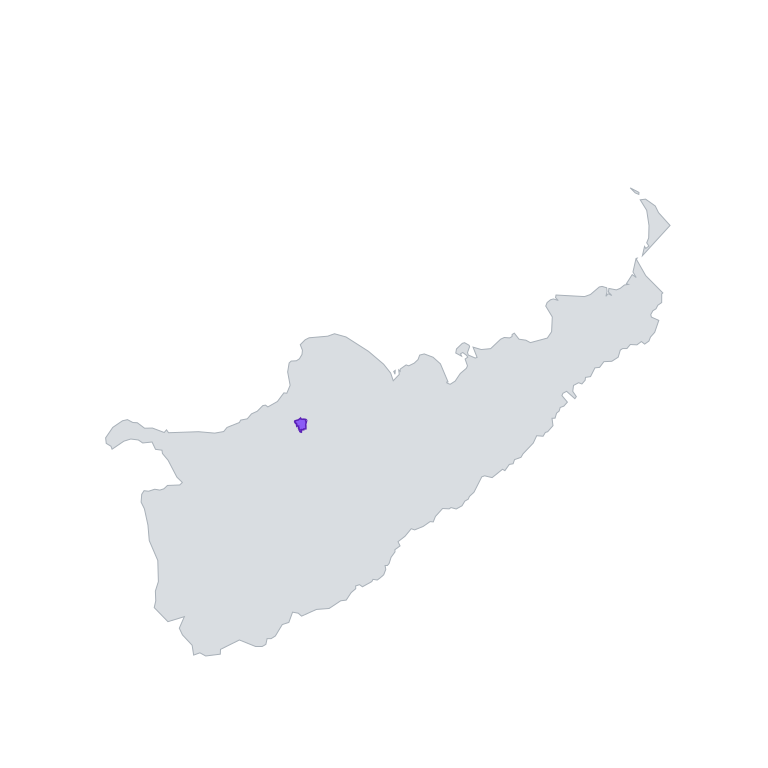 location of Pergamino, Buenos Aires, Argentina, rotated 229°
{"feature_id": "61730980B1305894445547", "entity_name": "Pergamino", "entity_type": "district", "adm_level": 2, "iso_a3": "ARG", "parent_name": "Argentina", "parent_adm1": "Buenos Aires", "projection": "orthographic", "projection_center": [-60.595, -33.858], "detail": "fine", "context": "in_parent", "style": "filled", "palette": "violet", "viewbox_px": 768, "rotation_deg": 229, "n_neighbors": 0, "source": "geoboundaries", "source_scale": "gbopen_adm2", "svg_char_len": 5273}
<svg xmlns="http://www.w3.org/2000/svg" viewBox="0 0 768 768"><g transform="rotate(229 384 384)"><path d="M458.0,224.0L453.3,231.8L454.2,237.1L449.8,249.6L450.8,252.1L447.4,258.0L448.4,264.4L446.6,270.5L447.2,278.4L445.8,280.7L442.9,281.3L440.7,292.1L443.0,302.6L440.8,304.6L444.6,312.3L456.3,319.2L462.1,326.2L462.2,329.0L459.0,333.1L458.5,336.7L460.1,341.5L463.0,344.6L468.6,346.6L469.1,353.5L468.0,357.8L457.0,372.9L454.4,379.6L444.4,386.2L418.9,393.7L399.2,396.7L387.9,396.2L380.4,393.1L381.2,401.8L384.9,404.3L383.0,404.5L384.6,406.0L383.9,413.2L381.5,414.6L379.9,420.5L380.1,425.7L382.4,429.9L380.3,434.1L372.0,438.6L362.2,439.8L343.6,433.7L344.3,432.5L343.3,432.2L340.4,433.7L339.5,439.6L341.9,448.5L341.8,456.4L342.9,458.9L349.6,461.6L349.3,464.8L351.5,465.1L356.1,464.1L356.6,461.6L354.1,460.8L360.3,458.5L362.9,461.7L363.3,469.8L362.3,471.9L357.5,473.6L356.1,473.2L353.0,467.7L350.6,466.6L343.7,469.9L343.0,471.7L353.4,475.4L346.2,480.0L340.7,487.7L341.3,501.4L340.2,505.3L336.4,509.0L335.8,511.7L337.3,513.2L336.9,515.7L329.2,515.3L324.0,519.8L319.2,521.6L311.5,537.4L313.5,544.8L324.2,555.0L336.7,557.2L338.5,560.7L338.3,565.0L337.0,567.7L332.7,570.3L336.6,570.1L338.3,572.2L318.4,592.7L316.1,598.5L316.0,610.1L314.6,612.6L310.5,615.2L307.4,613.0L304.6,609.0L305.1,612.4L301.3,614.0L306.1,613.7L308.6,616.4L302.6,621.1L301.2,625.0L301.0,630.4L298.9,633.7L300.7,632.8L303.7,643.1L298.9,644.2L305.2,645.4L313.4,656.6L312.9,657.6L312.6,656.3L294.0,652.6L269.8,654.2L269.8,652.7L263.3,647.0L263.8,642.3L262.3,638.6L262.9,635.0L261.4,630.9L259.1,629.7L251.7,633.1L245.4,622.2L244.6,615.9L242.6,612.1L243.1,606.9L247.2,606.1L247.6,600.6L252.2,595.8L251.4,590.6L254.2,587.3L254.6,584.6L250.6,578.3L251.7,570.8L256.6,564.6L255.1,557.6L257.8,553.8L254.1,544.7L256.8,540.4L254.9,538.3L254.2,533.4L257.3,531.7L258.6,526.1L254.6,521.6L248.3,520.9L247.7,518.4L258.7,517.0L259.6,512.9L258.5,510.7L250.0,510.5L249.3,505.2L250.7,501.6L248.7,498.4L248.8,495.1L246.0,490.7L247.9,488.3L241.7,484.2L240.6,476.2L241.6,474.0L240.2,469.8L244.8,465.3L241.5,457.9L240.1,443.1L238.8,439.3L241.3,432.9L239.1,429.1L241.1,425.8L239.3,418.4L241.9,417.5L242.4,404.2L248.7,399.7L249.8,396.9L243.3,380.9L243.1,374.7L241.8,372.0L242.6,368.2L240.9,363.0L242.3,356.5L246.8,353.5L247.0,351.3L251.6,346.5L250.3,335.9L247.6,330.7L249.9,328.5L250.8,320.2L253.8,311.4L256.9,309.6L255.3,300.0L255.8,291.1L251.3,289.9L251.8,283.5L250.1,282.2L248.6,275.7L245.2,270.1L244.8,267.5L246.3,265.7L242.9,263.7L240.2,258.6L240.2,253.6L240.5,250.3L243.8,247.5L242.9,245.2L245.1,234.7L248.6,233.9L250.2,230.1L248.1,228.4L248.1,222.3L245.7,213.7L248.8,209.1L250.6,195.3L258.2,185.1L262.9,169.5L267.3,168.9L271.8,165.3L266.5,155.8L269.2,149.4L265.1,136.7L265.9,131.7L268.5,128.7L265.0,124.0L265.8,119.9L270.1,114.9L285.7,106.9L291.0,86.5L287.5,83.2L295.7,71.0L301.9,68.7L304.3,62.5L312.7,67.8L326.9,67.3L334.0,69.3L339.4,80.7L346.4,65.0L366.0,63.9L370.1,69.5L377.7,75.6L382.9,84.1L399.2,97.5L419.8,104.1L432.4,113.3L447.0,121.3L454.2,123.2L459.7,128.8L460.9,132.9L457.5,136.0L455.0,141.9L451.0,145.2L449.3,149.1L449.5,154.0L441.8,163.6L442.0,167.2L449.6,166.6L468.0,171.0L476.9,171.2L479.7,173.0L484.6,168.7L492.4,170.9L497.8,163.2L502.9,161.9L508.6,156.8L511.5,150.2L513.2,136.0L516.2,137.1L521.4,135.4L526.0,138.6L529.2,150.9L527.8,162.5L525.4,167.0L519.7,169.2L516.6,172.4L507.7,174.3L502.7,180.3L491.6,186.3L492.1,189.8L488.6,189.4L469.7,212.7L458.0,224.0ZM316.0,703.9L311.3,663.2L316.9,670.9L314.6,670.5L314.3,674.4L318.2,674.9L320.6,679.6L329.8,688.0L342.7,696.2L354.9,698.2L351.9,702.7L340.4,705.5L333.2,703.6L316.0,703.9ZM359.9,700.7L363.4,699.0L370.5,698.5L361.3,702.1L359.9,700.7ZM387.1,399.6L386.9,401.4L384.2,398.7L387.1,399.6Z" fill="#d9dde1" stroke="#a8b0b8" stroke-width="1"/><path d="M409.4,290.5L409.4,290.8L409.4,291.0L409.2,291.2L409.2,291.3L408.9,291.3L408.7,291.4L408.4,291.4L408.3,291.5L408.2,291.5L408.0,291.4L408.0,291.5L407.9,291.4L407.7,291.4L407.5,291.2L407.5,291.3L407.4,291.3L407.4,291.2L407.2,291.2L407.3,291.2L407.2,291.1L406.9,291.1L406.7,291.0L406.5,290.9L406.4,290.8L406.3,290.7L406.2,290.6L406.1,290.4L405.9,290.3L405.7,290.3L405.7,290.2L405.4,290.2L405.2,290.3L405.0,290.2L404.9,290.3L404.9,290.2L404.8,290.3L404.7,290.3L404.4,290.2L404.2,290.1L403.9,289.9L403.7,289.8L403.7,289.7L403.5,289.4L403.4,289.3L403.2,289.4L402.8,289.4L402.7,289.5L402.4,289.6L402.3,289.8L402.2,289.8L402.1,290.0L401.9,290.1L402.6,290.8L402.9,291.3L403.1,291.5L403.6,292.0L402.1,293.4L402.7,294.1L401.4,295.6L402.0,296.2L403.7,297.6L403.8,297.5L404.6,298.2L404.8,298.4L405.4,299.1L405.5,299.4L405.7,299.6L405.8,299.7L405.8,299.8L405.9,300.0L406.0,300.0L406.2,300.3L406.2,300.2L406.3,300.2L406.3,300.3L406.5,300.4L406.5,300.5L406.8,300.6L407.0,300.6L407.3,300.7L407.5,300.7L407.6,300.8L407.8,301.0L408.0,301.1L408.3,301.1L408.4,301.3L408.5,301.3L408.6,301.5L408.7,301.8L408.8,301.8L408.7,301.8L410.2,300.3L410.1,300.2L411.8,298.4L412.0,298.4L412.2,298.5L412.3,298.5L412.5,298.6L412.8,298.5L413.0,298.6L413.0,298.4L413.1,295.8L413.6,294.9L414.1,293.8L414.6,292.7L414.6,292.4L414.3,292.3L414.0,292.0L414.0,291.7L412.9,291.5L412.9,291.8L411.8,291.5L411.7,291.5L411.6,291.8L411.5,292.0L411.1,291.8L410.5,291.2L410.4,291.3L409.9,290.8L409.4,290.5Z" fill="#8b5cf6" stroke="#5b21b6" stroke-width="1.5"/></g></svg>